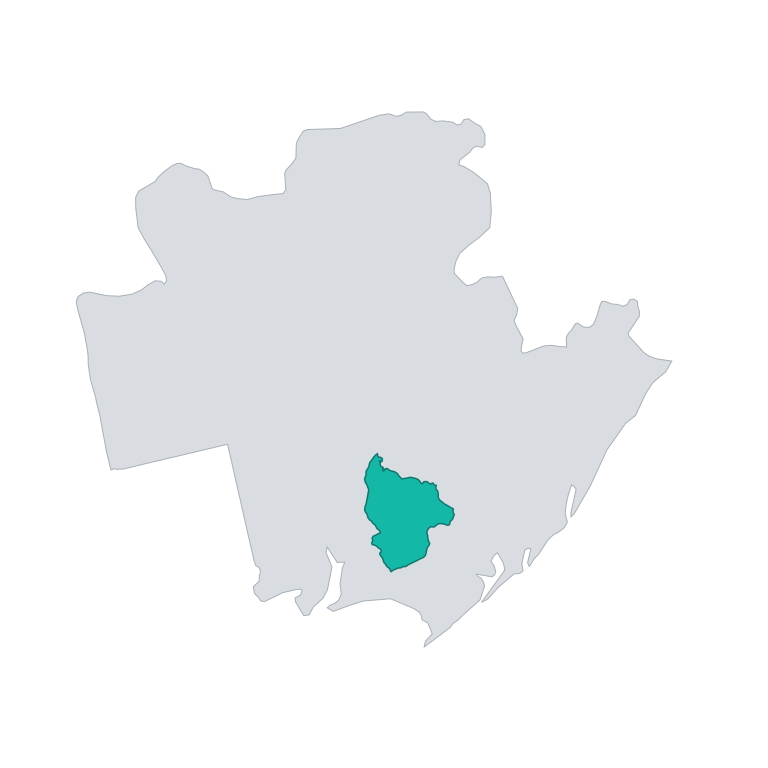 Ogoouè et Lacs, Moyen-Ogooué, Gabon (highlighted), rotated 257°
{"feature_id": "22940354B45576072672451", "entity_name": "Ogoouè et Lacs", "entity_type": "district", "adm_level": 2, "iso_a3": "GAB", "parent_name": "Gabon", "parent_adm1": "Moyen-Ogooué", "projection": "mercator", "projection_center": [10.178, -0.763], "detail": "fine", "context": "in_parent", "style": "filled", "palette": "teal", "viewbox_px": 768, "rotation_deg": 257, "n_neighbors": 0, "source": "geoboundaries", "source_scale": "gbopen_adm2", "svg_char_len": 6937}
<svg xmlns="http://www.w3.org/2000/svg" viewBox="0 0 768 768"><g transform="rotate(257 384 384)"><path d="M540.2,111.3L539.8,117.7L532.5,133.5L529.1,145.6L528.2,158.5L530.2,168.9L533.7,176.3L536.0,184.3L534.2,190.0L530.7,192.4L533.1,195.2L538.4,195.9L547.4,193.4L561.3,189.1L579.5,182.9L591.4,179.6L611.1,181.7L621.7,184.0L627.1,188.4L632.9,206.9L635.8,209.7L640.5,217.6L644.5,227.0L645.4,231.9L644.9,235.3L640.9,240.4L636.4,247.9L634.8,252.5L631.0,255.9L626.3,259.2L613.1,260.5L611.1,262.5L607.4,270.5L600.4,277.3L597.3,283.7L594.5,292.3L595.0,302.9L593.6,318.1L592.2,328.5L595.7,332.1L611.4,334.6L614.5,336.6L618.7,343.0L624.0,349.0L638.5,352.8L644.0,357.4L648.6,362.4L649.2,366.6L645.9,383.1L642.8,399.0L644.0,411.1L645.2,422.7L646.9,439.5L646.1,449.8L642.0,456.1L642.0,461.0L643.9,466.9L640.3,483.3L638.0,486.1L631.5,489.2L628.1,493.6L627.1,500.5L623.6,510.0L620.0,513.4L620.0,517.8L623.5,521.0L623.4,526.0L617.0,531.8L613.1,536.3L604.5,538.5L594.7,536.2L592.4,532.9L594.8,527.8L593.9,523.8L590.5,519.5L585.3,508.5L580.6,506.2L578.0,510.7L570.0,519.0L555.9,529.8L546.1,530.6L527.8,527.3L512.5,522.2L505.3,509.6L500.8,499.2L494.3,487.2L487.0,481.4L479.2,477.8L475.7,477.5L464.5,484.2L461.1,486.9L461.2,492.5L462.2,497.8L463.9,500.4L465.4,503.7L465.1,509.0L463.1,516.0L462.4,523.7L427.4,531.3L421.3,528.6L416.9,525.1L411.6,525.7L396.4,529.7L390.8,526.9L385.3,524.9L382.7,526.6L382.5,529.9L385.1,548.1L384.2,555.1L380.8,564.1L379.0,570.3L388.3,572.0L391.7,574.9L395.0,579.5L399.5,583.8L399.8,586.4L394.7,591.1L392.9,597.0L395.3,601.6L401.7,606.4L410.9,611.4L415.4,614.6L415.0,617.6L410.7,624.0L409.1,629.3L406.1,634.2L406.7,638.7L410.9,642.8L410.4,646.6L407.6,649.4L401.9,648.8L397.0,649.2L392.6,648.0L378.9,633.6L376.0,633.2L356.1,644.3L351.2,648.8L347.1,655.4L341.6,669.6L332.6,661.3L324.8,646.2L315.8,636.9L296.7,621.9L291.6,610.9L269.8,586.5L238.4,562.2L215.8,541.1L212.4,536.4L216.2,537.0L238.1,547.5L241.0,546.3L243.6,544.0L234.1,538.4L225.1,534.1L216.6,531.4L208.2,531.6L203.4,527.2L200.3,520.4L198.8,514.6L195.0,508.5L183.0,496.0L180.1,491.1L173.5,484.5L177.5,483.7L190.4,490.0L191.5,487.5L190.4,483.8L177.5,477.8L170.5,477.4L168.8,473.2L169.8,468.3L160.5,450.1L150.9,436.4L149.4,430.0L175.3,459.6L178.8,460.1L183.4,459.9L194.1,456.5L192.1,452.6L187.2,448.3L182.5,450.3L176.4,450.7L173.2,448.9L171.8,445.9L177.9,431.4L175.3,432.2L173.3,434.7L170.0,436.0L164.8,436.7L152.0,429.0L140.7,408.2L137.8,403.9L134.7,396.7L131.8,393.7L118.8,364.1L123.8,366.3L129.7,374.8L141.2,373.0L145.6,368.1L149.6,368.3L153.6,367.1L158.6,362.4L173.3,342.0L177.2,315.2L175.9,299.2L173.8,283.3L178.7,278.3L180.6,281.6L181.5,287.2L183.8,291.4L189.1,295.1L198.8,296.1L213.9,302.0L219.2,305.7L220.7,298.3L238.0,291.9L232.8,289.6L217.4,292.1L196.2,282.6L189.2,276.6L182.7,265.1L175.9,259.1L176.4,253.7L191.5,248.8L195.6,249.3L197.2,255.3L201.3,257.7L202.8,256.9L203.5,251.8L203.5,238.3L198.9,218.8L200.3,215.1L204.5,213.7L208.2,211.1L210.8,210.7L215.9,211.1L218.5,215.6L219.9,218.1L225.1,219.3L229.3,221.7L233.0,221.0L236.0,218.2L240.5,217.6L254.3,217.7L266.8,217.7L291.8,217.8L316.7,217.9L341.7,218.0L360.5,218.0L360.4,206.9L360.3,189.8L360.2,169.5L360.1,150.0L360.0,132.1L359.8,110.8L360.9,104.7L362.1,102.2L361.7,98.6L381.0,98.4L415.9,100.0L431.2,99.8L435.6,100.0L454.6,99.0L470.1,100.3L476.7,101.8L482.6,102.6L501.1,103.5L525.3,102.3L533.5,102.6L538.0,105.6L540.2,111.3Z" fill="#d9dde1" stroke="#a8b0b8" stroke-width="1"/><path d="M218.5,341.8L217.9,341.8L216.8,342.4L215.8,342.9L214.6,343.3L213.3,343.5L211.5,343.7L210.2,343.8L209.4,344.2L208.7,344.7L207.8,345.0L206.7,345.2L206.0,345.7L205.1,346.1L204.4,346.5L203.8,347.2L203.3,347.8L202.4,348.1L201.2,348.2L200.2,348.3L199.6,348.7L200.0,349.3L200.2,350.0L200.3,350.9L200.9,352.1L200.9,353.0L201.1,354.6L201.4,355.2L201.5,356.4L201.4,356.9L201.1,358.5L201.2,359.4L201.4,360.3L201.9,361.3L201.4,363.1L201.3,363.6L201.5,365.0L202.4,366.8L202.9,369.2L203.4,371.1L203.9,373.5L204.6,376.7L205.4,379.3L205.8,381.5L206.2,383.4L207.0,384.9L207.8,385.8L209.4,386.8L210.6,387.3L212.1,388.0L213.5,388.6L214.9,389.6L215.9,390.3L216.4,391.3L217.5,392.1L218.4,392.6L219.6,392.5L220.6,392.0L222.4,392.0L224.1,392.0L226.3,392.4L227.7,392.4L229.3,392.3L230.5,392.6L232.3,394.0L233.2,394.8L234.1,396.6L234.3,397.9L233.9,399.1L233.6,400.0L233.5,400.7L233.9,401.9L234.6,403.1L235.3,404.5L235.5,406.6L235.1,408.5L234.4,409.9L234.3,410.7L233.7,411.6L232.9,412.6L232.3,413.8L232.1,414.8L232.1,415.8L232.8,416.5L233.6,416.9L233.9,417.0L234.8,417.4L235.5,418.1L236.0,419.2L236.8,420.2L237.8,421.1L238.7,421.5L239.4,421.9L240.1,422.6L240.8,423.0L241.5,423.0L242.4,422.6L243.6,422.5L244.3,422.6L245.6,423.0L246.7,423.4L247.5,422.6L248.1,421.7L250.6,419.2L253.7,415.7L254.8,414.9L255.7,414.5L256.3,413.6L257.3,413.1L258.4,412.2L259.3,411.7L261.3,411.5L262.6,411.5L263.5,412.0L265.1,412.1L267.0,412.2L268.2,412.0L269.2,411.3L270.0,411.0L271.7,411.3L273.5,412.1L273.7,411.5L274.3,410.3L275.1,409.9L276.1,409.8L276.5,409.4L276.6,408.5L276.2,407.5L276.0,406.7L276.7,405.9L277.6,405.3L279.1,404.0L279.6,402.7L279.8,401.2L279.6,400.3L278.8,399.9L278.4,399.1L278.7,398.0L279.3,397.5L280.7,397.2L282.0,396.5L283.4,395.6L284.1,394.7L285.4,392.5L286.8,389.6L287.2,388.2L287.2,385.4L287.3,383.5L287.5,380.6L288.3,379.3L289.2,379.0L290.9,378.0L291.8,377.4L293.5,377.1L296.3,374.4L296.7,373.3L297.1,372.6L297.7,371.3L298.6,370.1L299.6,369.2L300.6,368.4L301.1,367.7L301.0,366.5L300.8,365.7L300.1,365.1L299.3,364.2L299.5,363.6L300.6,363.3L301.2,363.6L301.5,364.3L302.1,364.5L303.2,364.1L303.7,363.5L304.2,362.6L305.0,362.2L306.4,362.1L307.3,362.5L308.6,362.7L309.8,362.5L309.2,363.2L308.8,363.6L309.1,364.7L310.4,365.3L311.4,365.6L312.4,365.1L313.3,364.2L313.7,363.0L314.3,362.1L315.5,361.8L316.9,361.8L317.5,361.9L317.1,360.7L316.2,359.2L315.0,357.5L313.4,355.7L311.9,354.1L311.1,352.9L310.4,352.3L309.0,351.6L307.7,351.0L307.1,350.8L306.4,350.3L305.6,349.4L304.3,348.2L303.4,347.3L303.0,347.0L301.8,346.5L300.1,346.3L298.8,345.7L296.8,344.2L296.1,343.8L295.0,343.7L292.9,343.7L291.7,343.9L290.7,344.4L289.1,344.7L286.7,345.0L285.7,345.2L284.5,345.2L283.5,345.1L282.3,344.4L279.3,343.2L275.4,341.5L271.0,339.5L270.0,338.8L268.8,338.0L267.5,337.4L266.7,337.3L265.8,336.9L264.8,336.9L263.5,337.1L262.4,337.6L261.1,338.1L258.9,338.3L257.4,338.3L256.5,338.6L255.5,339.1L254.6,339.6L253.7,340.4L253.3,340.9L252.6,341.3L251.4,341.5L250.5,342.0L249.8,342.6L249.3,343.1L248.4,343.7L247.4,344.0L246.0,344.4L244.6,344.7L243.8,345.5L242.9,346.1L242.1,346.7L241.1,346.8L239.6,346.9L239.6,346.0L239.4,344.5L238.9,342.9L238.6,342.1L238.3,340.3L238.2,339.5L237.7,338.7L236.7,338.0L236.1,337.7L235.4,337.7L234.6,337.9L233.8,337.7L233.0,337.1L232.6,336.7L232.2,336.5L231.5,336.2L230.8,336.2L230.2,336.5L229.8,337.0L229.6,337.7L229.1,338.7L227.9,340.0L227.3,340.7L226.1,341.2L225.1,342.0L224.6,342.8L223.8,343.4L223.0,343.7L222.0,343.7L221.1,343.5L220.7,342.6L220.2,342.0L219.3,341.7L218.5,341.8Z" fill="#14b8a6" stroke="#0f766e" stroke-width="1.5"/></g></svg>